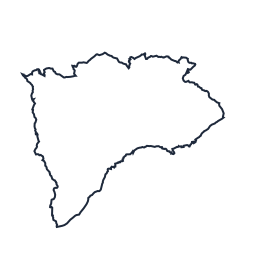 the district of Berislavesti, Vâlcea, Romania, rotated 256°
{"feature_id": "2599482B15216043869555", "entity_name": "Berislavesti", "entity_type": "district", "adm_level": 2, "iso_a3": "ROU", "parent_name": "Romania", "parent_adm1": "Vâlcea", "projection": "orthographic", "projection_center": [24.443, 45.275], "detail": "fine", "context": "isolated", "style": "outline", "palette": "slate", "viewbox_px": 256, "rotation_deg": 256, "n_neighbors": 0, "source": "geoboundaries", "source_scale": "gbopen_adm2", "svg_char_len": 5793}
<svg xmlns="http://www.w3.org/2000/svg" viewBox="0 0 256 256"><g transform="rotate(256 128 128)"><path d="M134.4,218.6L135.2,216.8L138.3,214.4L140.1,214.3L141.7,214.8L143.3,214.5L144.2,214.0L145.0,213.2L145.0,212.3L145.3,211.6L145.9,211.3L146.2,210.5L147.3,209.0L148.9,208.9L149.3,208.0L150.9,206.9L151.3,205.9L153.2,205.9L153.8,205.5L154.0,205.1L153.7,204.2L153.9,203.7L155.9,203.2L156.4,201.9L156.9,201.1L157.3,199.0L157.9,198.5L159.1,198.1L158.7,195.3L159.1,194.4L160.6,193.4L163.0,193.2L165.1,194.6L165.8,196.6L168.2,198.6L167.3,198.7L167.0,199.1L167.4,199.6L167.1,199.9L167.3,200.4L167.9,200.2L168.3,200.4L168.9,199.9L168.7,199.1L168.8,199.0L170.7,200.4L169.6,202.2L169.5,202.7L171.6,206.1L172.4,207.9L173.4,208.7L174.0,208.6L174.8,207.2L175.2,206.4L175.2,205.7L176.1,205.0L176.2,203.8L177.0,202.8L177.7,202.5L179.9,202.4L180.6,202.8L182.2,201.3L183.3,198.1L183.1,197.9L183.8,197.1L182.2,195.6L181.2,193.6L180.3,193.1L179.4,193.1L180.0,192.2L179.7,191.7L181.4,190.5L181.7,189.6L183.9,186.6L186.0,185.3L186.6,184.5L187.4,184.6L188.0,183.4L188.2,182.5L187.7,179.9L188.0,179.7L188.0,179.0L189.1,177.5L189.0,176.6L189.6,175.3L189.6,174.6L191.2,173.2L191.2,169.3L192.1,168.3L192.3,167.6L191.7,166.6L191.4,164.6L190.4,163.2L190.6,162.2L194.2,161.8L195.6,162.7L196.3,162.5L195.6,160.4L196.0,159.1L195.5,158.4L194.8,156.7L194.1,152.6L193.4,151.0L194.8,150.0L196.1,148.4L196.0,147.3L194.9,146.9L194.7,146.2L193.9,146.8L193.5,145.8L192.8,145.7L192.8,145.1L192.6,145.0L192.0,144.9L189.9,145.7L189.2,144.9L188.0,144.4L187.7,143.7L186.4,143.9L185.8,143.1L189.2,141.7L190.2,141.6L191.6,139.0L193.1,137.6L193.3,136.6L193.9,135.6L194.6,135.1L198.1,134.2L199.8,131.0L200.8,130.0L201.8,129.6L202.8,127.5L203.5,127.0L204.1,126.0L205.6,125.0L206.7,123.7L205.8,121.2L205.6,117.8L207.0,115.9L207.0,115.1L205.6,112.6L204.1,108.9L203.2,107.5L202.7,106.1L201.6,104.7L201.1,103.7L202.5,100.7L202.5,99.2L203.3,96.2L202.6,94.8L200.5,93.4L199.9,92.7L200.0,92.2L200.5,91.5L200.8,91.6L201.3,91.2L201.3,90.3L201.8,89.1L200.5,89.2L199.3,89.6L198.4,89.4L197.4,90.0L196.6,90.2L193.7,88.8L191.3,89.9L191.5,88.9L191.4,87.5L191.6,84.4L192.1,81.5L192.5,80.5L192.3,79.0L192.6,77.9L196.6,74.5L197.2,72.4L198.5,71.0L200.1,70.8L200.9,69.7L203.9,69.1L204.3,67.5L205.3,66.0L205.5,63.2L204.7,60.6L203.9,60.4L202.3,60.7L201.4,59.6L199.4,59.9L198.7,59.6L200.7,57.5L201.2,56.6L201.9,56.2L202.5,55.2L202.8,55.3L202.9,56.1L203.8,55.4L204.4,56.3L204.8,56.1L205.3,55.2L206.2,55.8L206.7,55.3L207.0,54.0L206.4,53.0L206.5,51.3L206.0,49.2L204.9,48.3L203.2,47.9L203.9,46.6L202.8,43.2L203.0,41.2L203.9,40.7L204.3,39.8L205.1,39.7L205.3,39.0L205.7,38.5L204.5,38.8L202.2,40.3L201.7,40.3L200.6,41.4L199.4,41.8L197.9,41.7L195.3,44.1L194.5,44.3L192.9,45.3L191.9,45.4L191.2,45.8L189.9,45.3L188.6,45.3L187.4,44.5L185.7,44.3L184.8,43.2L182.8,42.0L179.1,41.9L178.8,42.2L178.8,43.5L178.2,42.8L178.2,42.1L177.6,42.1L176.8,42.9L175.9,42.9L174.3,43.7L173.0,42.3L169.2,39.7L169.0,40.2L168.6,40.3L166.3,39.3L164.1,40.1L161.3,39.9L159.9,40.8L158.2,41.0L155.6,39.4L155.1,38.6L152.2,37.7L150.3,37.6L149.0,38.0L148.0,37.3L146.3,37.7L145.4,37.2L145.0,37.5L144.1,37.1L143.9,37.4L144.4,38.5L143.5,38.7L141.8,38.0L137.1,38.1L136.4,38.4L134.6,36.0L133.1,35.2L131.9,35.2L130.9,34.4L130.0,33.1L128.2,31.6L124.6,32.3L124.5,33.8L124.1,34.8L123.1,35.3L122.9,35.8L123.0,36.8L121.8,37.7L121.4,38.3L120.7,38.6L118.5,38.5L117.5,37.2L116.2,38.6L113.9,39.2L111.4,38.6L110.6,39.2L109.4,39.5L108.7,39.3L107.5,39.4L104.1,41.3L103.4,41.0L102.4,41.3L101.7,41.0L100.7,41.3L99.9,42.0L96.9,42.2L95.1,43.8L94.8,44.4L93.9,44.6L93.4,45.0L92.6,44.9L92.2,45.3L90.6,45.0L88.5,45.7L87.6,45.3L87.1,44.5L87.6,42.9L87.3,42.2L87.3,41.7L86.8,41.3L85.8,40.8L83.6,41.2L80.8,41.2L78.6,40.3L77.1,38.9L76.9,38.1L77.1,37.3L76.7,36.4L73.1,35.1L71.7,33.9L70.1,33.2L69.8,33.5L69.9,34.7L69.0,35.2L62.1,33.3L61.9,33.7L61.2,33.9L60.9,33.4L59.3,33.8L58.5,33.5L56.9,33.4L54.8,35.6L52.9,35.4L51.3,35.8L50.0,35.0L49.2,35.0L49.0,40.6L49.2,42.9L50.2,45.8L53.0,49.9L54.2,52.6L55.7,55.6L56.0,56.9L55.8,59.6L57.8,61.6L60.9,65.7L64.1,69.3L66.5,71.3L68.8,72.4L69.6,72.4L70.0,72.9L70.5,74.1L71.4,75.1L71.7,77.0L72.9,78.6L73.8,80.2L74.2,83.4L73.7,84.6L73.8,85.2L74.8,86.7L80.3,89.6L81.1,90.4L82.1,90.6L83.6,91.5L86.0,93.7L88.5,94.9L89.2,96.4L90.2,96.9L90.8,98.0L92.8,98.3L93.2,98.7L93.2,99.7L92.3,101.6L93.7,101.9L94.4,102.9L93.1,105.0L93.9,105.3L94.0,105.8L93.7,106.4L94.1,106.6L96.5,106.9L96.5,108.9L96.8,109.3L96.6,109.8L96.9,110.0L96.8,110.4L97.2,111.3L96.6,111.7L96.6,112.0L97.5,113.2L97.1,114.6L97.3,115.2L98.9,115.1L99.4,116.2L100.5,116.4L100.8,117.3L101.3,117.8L101.6,119.0L102.5,119.6L102.8,120.0L102.0,123.7L103.0,125.5L104.1,126.8L102.5,126.9L104.7,128.7L106.0,132.2L106.1,134.4L105.9,136.2L106.1,137.3L105.3,138.7L105.2,139.3L105.6,140.0L105.5,140.6L106.1,142.0L105.2,144.5L105.0,145.8L103.2,149.4L103.4,151.2L102.9,153.4L101.5,154.8L101.3,156.3L100.1,156.3L100.5,155.8L99.7,156.3L99.3,157.7L98.8,158.3L98.9,158.9L98.7,159.6L98.0,160.1L96.1,160.6L95.4,162.4L95.1,162.3L95.1,161.9L94.7,162.7L94.1,163.1L94.0,164.1L93.5,164.2L92.7,163.8L92.6,164.7L92.0,165.1L91.7,165.8L92.2,166.8L93.1,166.9L95.7,165.9L97.0,166.0L96.9,167.2L97.8,170.9L97.6,171.2L97.6,172.2L98.2,172.8L97.7,173.1L97.3,175.2L96.4,175.2L96.1,177.4L97.3,177.6L97.2,180.7L96.9,181.8L95.5,182.7L96.0,183.1L96.0,183.5L95.7,183.7L96.7,184.5L96.9,185.1L98.1,186.3L99.0,186.7L98.9,187.8L98.4,187.1L97.3,187.9L97.8,189.5L98.2,190.3L98.9,190.5L99.4,191.0L100.5,190.6L101.7,193.8L101.9,194.8L102.6,195.7L102.8,196.6L104.3,197.7L105.4,199.1L105.9,200.4L106.5,201.1L106.8,202.8L107.8,205.6L110.1,208.1L111.0,210.2L111.4,213.4L112.0,214.3L112.4,215.9L113.0,217.1L114.2,221.4L115.0,223.2L115.3,222.8L115.9,222.8L119.1,224.4L123.6,223.8L127.5,222.0L129.5,222.2L130.0,222.6L131.3,220.6L133.7,218.8L134.4,218.6Z" fill="none" stroke="#1e293b" stroke-width="2"/></g></svg>